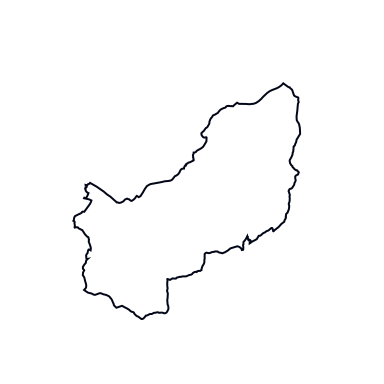 the district of Leordina, Maramures, Romania, rotated 302°
{"feature_id": "2599482B17965531619441", "entity_name": "Leordina", "entity_type": "district", "adm_level": 2, "iso_a3": "ROU", "parent_name": "Romania", "parent_adm1": "Maramures", "projection": "natural_earth1", "projection_center": [24.258, 47.775], "detail": "fine", "context": "isolated", "style": "outline", "palette": "ink", "viewbox_px": 384, "rotation_deg": 302, "n_neighbors": 0, "source": "geoboundaries", "source_scale": "gbopen_adm2", "svg_char_len": 6026}
<svg xmlns="http://www.w3.org/2000/svg" viewBox="0 0 384 384"><g transform="rotate(302 192 192)"><path d="M215.7,286.0L217.0,285.5L219.6,285.4L220.7,284.8L220.7,284.6L223.3,283.5L225.4,284.0L226.1,283.7L227.9,283.5L229.9,282.8L231.9,281.7L233.1,280.4L233.5,280.2L235.2,279.9L236.2,279.5L238.8,278.0L239.9,277.0L241.3,276.6L244.0,273.4L245.9,273.2L246.7,273.5L247.4,274.3L247.8,274.6L248.9,274.8L249.6,274.7L250.1,274.8L252.4,274.8L253.7,274.2L255.9,274.0L256.9,273.7L258.1,272.5L259.9,271.3L260.9,271.4L261.5,271.6L263.0,272.6L265.3,272.1L265.5,271.6L265.7,270.3L266.0,269.9L266.0,269.3L265.6,268.5L265.7,266.9L266.2,265.5L266.3,264.4L266.5,264.0L267.2,263.4L267.2,262.8L267.4,261.9L268.4,259.9L269.6,258.8L270.7,258.0L274.6,257.8L277.0,257.4L278.6,256.6L279.9,256.4L282.2,255.3L284.4,254.1L284.8,254.1L285.5,254.5L286.6,254.4L287.2,254.1L289.4,253.9L291.7,253.0L298.6,252.9L303.6,249.4L306.0,247.1L306.9,245.9L307.5,244.3L308.5,242.7L311.5,240.6L316.4,238.4L322.9,235.1L324.0,234.9L324.7,234.9L326.2,233.3L328.1,232.4L328.4,231.9L328.1,230.6L327.8,228.5L328.0,227.3L331.7,222.8L332.2,219.9L332.5,219.3L332.1,218.4L332.1,217.6L332.5,211.8L331.6,211.7L329.3,211.1L327.0,210.1L325.2,209.1L320.5,205.6L318.7,204.5L315.9,203.3L310.6,201.9L307.7,201.4L304.6,200.5L301.5,199.1L299.6,197.6L296.9,194.2L295.1,190.8L291.7,185.2L291.6,182.9L288.0,181.7L286.5,181.4L286.3,181.1L285.7,179.8L285.3,179.4L284.4,177.3L284.0,177.0L283.6,176.3L282.9,175.8L281.3,175.6L280.0,174.4L277.8,173.0L276.8,172.5L274.6,172.1L272.7,172.0L270.8,170.9L270.3,170.8L268.4,169.4L267.9,169.2L266.4,169.3L264.4,169.0L262.9,169.1L261.0,169.5L259.2,170.4L258.7,170.5L255.3,170.6L254.3,170.3L253.4,169.8L250.5,169.7L247.0,168.8L246.5,169.0L245.5,169.8L244.8,171.1L244.4,172.7L244.6,173.5L245.9,175.0L246.0,175.2L245.9,175.5L243.1,177.1L242.5,177.4L238.0,177.5L236.7,177.5L235.7,177.3L233.4,176.4L230.1,174.5L229.3,174.2L227.9,174.0L227.1,173.5L226.3,172.5L225.9,172.8L225.3,173.0L223.6,173.3L222.9,174.0L222.0,174.5L221.4,175.4L220.5,175.8L220.1,176.5L219.6,176.6L216.3,174.6L215.1,173.5L213.9,173.0L213.3,172.6L212.2,172.2L212.0,172.7L211.8,172.7L211.3,172.5L210.9,172.7L210.4,172.2L210.0,172.1L208.7,172.3L207.6,172.8L207.2,172.1L206.2,171.1L205.0,170.7L203.7,170.7L202.0,171.0L200.3,170.9L199.0,170.6L197.3,169.8L196.3,169.1L192.2,168.7L190.5,167.9L188.7,166.0L186.9,163.5L183.7,160.3L176.7,152.6L174.7,151.4L173.0,150.6L169.4,150.4L165.6,150.6L161.2,150.5L159.4,149.6L159.5,147.3L158.9,147.1L156.9,147.0L155.6,146.8L153.8,146.2L152.6,145.6L152.3,145.2L152.2,144.7L152.3,143.3L152.5,142.7L152.4,142.2L152.1,141.6L152.0,140.5L150.5,139.4L149.8,139.1L147.8,138.8L145.3,137.3L144.1,136.0L143.8,134.4L143.3,133.9L144.8,125.3L144.9,121.3L145.6,116.9L146.0,108.2L145.7,100.7L144.8,100.7L143.6,99.7L142.9,99.7L142.3,99.3L141.8,98.7L141.6,98.0L141.2,98.3L141.2,99.7L140.6,100.0L139.9,99.9L139.4,99.8L139.2,99.4L138.2,100.1L138.0,99.9L136.8,101.2L136.3,102.4L136.1,103.3L136.2,104.8L134.0,105.2L130.7,105.5L130.1,103.7L129.5,103.8L131.1,108.3L131.3,109.3L131.5,111.2L129.9,111.6L127.9,111.8L118.1,111.1L117.6,109.9L117.1,109.5L116.5,109.3L115.9,109.4L114.9,108.9L111.5,106.7L109.3,105.5L107.5,105.8L105.5,106.7L104.7,106.7L104.8,107.6L104.6,108.1L104.3,108.5L103.3,108.8L101.3,110.6L100.7,110.9L100.0,111.0L99.7,111.4L101.1,113.0L101.5,114.0L101.1,115.1L101.5,119.2L99.4,123.7L98.6,126.8L98.7,128.0L98.5,128.3L97.3,129.5L96.9,130.0L95.5,130.5L94.8,131.2L92.6,134.1L92.4,134.2L91.8,135.0L90.8,135.9L90.2,136.3L88.8,136.9L88.7,135.2L88.4,134.8L86.9,135.0L84.8,135.8L83.2,135.6L82.6,135.7L82.0,135.9L79.5,137.8L79.3,138.1L79.4,138.5L79.9,139.0L78.5,138.6L77.0,138.8L75.7,139.5L72.9,139.1L70.6,139.2L69.6,139.8L68.9,140.6L68.8,141.4L68.5,142.1L65.9,142.3L63.6,143.5L62.7,145.5L62.1,146.3L59.7,148.7L57.9,150.8L57.1,151.5L55.9,152.3L54.9,152.7L54.3,152.8L51.7,152.4L51.5,156.9L52.2,159.3L52.4,159.6L52.6,160.1L52.8,162.1L53.0,163.6L53.5,164.4L57.2,167.3L57.8,168.2L58.3,171.1L59.2,173.6L59.4,175.3L59.5,175.8L59.5,177.6L59.0,178.7L58.7,179.9L57.9,181.5L56.3,183.7L55.5,185.0L54.8,185.5L54.3,186.7L53.8,189.2L58.4,193.0L58.6,196.7L58.8,198.6L58.8,201.2L58.5,202.4L58.4,204.1L59.0,205.8L58.9,206.7L58.5,207.1L58.1,208.1L57.5,210.6L57.8,212.6L57.5,216.5L58.2,217.4L59.2,217.9L61.5,218.3L62.6,218.3L63.6,219.4L66.3,221.0L67.2,222.5L69.4,223.8L70.0,224.7L71.7,226.4L72.0,227.0L72.0,227.9L73.8,230.4L74.2,231.5L74.3,232.1L74.3,232.5L74.8,233.3L75.3,233.7L75.9,234.1L76.6,234.3L77.5,234.3L79.9,234.1L80.8,233.7L82.7,232.3L83.9,230.7L85.0,230.0L86.5,228.8L87.6,228.1L88.7,227.7L93.1,225.3L94.3,224.0L94.6,223.5L95.6,222.9L96.6,222.7L97.3,222.4L99.5,220.6L100.7,219.9L101.7,219.2L103.8,218.2L105.0,217.2L105.2,217.3L105.4,218.0L105.8,219.9L107.9,221.0L108.6,221.5L109.1,222.8L110.1,224.2L111.2,224.4L113.1,226.1L113.7,226.7L114.1,227.5L115.5,228.8L117.2,231.6L120.3,233.8L121.6,235.2L122.6,235.6L123.8,235.7L125.4,236.5L126.1,237.2L126.4,237.7L126.6,238.4L127.3,238.4L127.8,238.6L128.8,239.7L129.6,240.9L130.2,241.0L130.9,241.4L131.8,240.9L134.3,240.2L137.5,240.1L139.0,239.7L140.6,238.7L142.8,237.7L144.4,236.6L146.2,235.6L147.4,235.9L148.0,236.2L148.4,236.8L148.7,237.9L149.7,239.5L151.3,240.5L152.4,241.7L153.1,242.6L153.5,242.8L154.1,243.4L154.4,244.1L155.0,245.0L155.1,245.5L154.9,246.3L156.1,250.2L158.2,251.8L161.4,253.4L164.6,254.5L170.0,259.2L170.5,261.4L170.2,263.8L169.2,265.0L170.1,266.0L172.1,265.0L174.0,263.4L174.8,263.4L176.7,262.2L177.3,262.2L178.9,262.5L180.9,262.6L183.8,262.3L183.6,262.5L183.5,263.2L182.1,264.1L181.6,264.7L181.3,264.9L181.1,265.5L181.9,265.6L182.0,265.9L181.9,266.7L182.0,267.0L181.7,267.6L179.5,267.8L179.0,268.1L180.8,268.9L181.5,269.1L185.2,271.3L186.5,271.9L190.2,271.8L191.1,273.0L192.6,273.6L193.5,273.7L194.1,273.9L195.7,274.7L196.2,275.2L198.0,275.8L198.6,276.2L199.3,276.8L200.1,277.3L203.1,278.2L203.6,278.5L203.9,279.0L203.8,279.5L203.1,280.2L202.7,280.8L201.8,281.6L201.8,281.8L202.3,282.1L203.6,282.2L204.6,282.8L205.9,283.1L206.6,283.5L208.6,284.1L212.2,284.7L215.7,286.0Z" fill="none" stroke="#020617" stroke-width="2"/></g></svg>